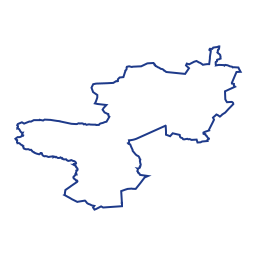 Svariņu pag., Dagdas, Latvia
{"feature_id": "27541924B20848799608576", "entity_name": "Svariņu pag.", "entity_type": "district", "adm_level": 2, "iso_a3": "LVA", "parent_name": "Latvia", "parent_adm1": "Dagdas", "projection": "natural_earth1", "projection_center": [27.7, 56.101], "detail": "fine", "context": "isolated", "style": "outline", "palette": "blue", "viewbox_px": 256, "rotation_deg": 0, "n_neighbors": 0, "source": "geoboundaries", "source_scale": "gbopen_adm2", "svg_char_len": 5617}
<svg xmlns="http://www.w3.org/2000/svg" viewBox="0 0 256 256"><path d="M219.3,46.4L218.8,46.4L217.3,47.0L213.2,47.6L212.3,48.9L210.8,48.9L209.9,48.8L209.5,49.4L209.4,49.9L209.5,50.2L210.8,50.8L210.7,52.0L210.2,54.9L209.9,57.0L209.9,58.5L209.2,64.1L207.3,64.1L204.4,64.5L202.9,64.8L202.0,64.1L200.4,63.0L198.9,62.4L196.5,61.0L194.2,61.7L189.2,64.3L186.8,63.6L186.0,65.4L189.0,68.2L185.1,73.9L166.3,72.0L164.1,70.4L163.9,70.4L163.8,70.1L162.9,69.4L162.0,69.0L161.0,68.9L158.5,67.4L157.7,67.2L156.5,66.3L155.7,66.1L155.6,65.7L155.2,65.5L154.3,64.6L154.3,64.2L154.5,64.1L153.5,63.0L148.2,63.3L147.3,63.4L141.2,66.3L132.8,66.7L131.9,67.0L129.1,66.3L126.9,66.8L126.6,67.4L126.6,69.1L126.3,69.7L125.3,70.6L125.4,71.2L125.1,71.8L123.4,77.1L119.6,77.5L117.9,79.3L117.9,81.1L116.8,81.3L116.2,81.1L113.3,82.9L107.4,83.2L102.1,83.4L96.1,83.6L93.2,84.2L91.5,87.7L93.1,92.1L97.3,95.0L97.3,97.1L97.2,97.8L96.2,100.7L95.4,102.6L94.9,103.4L97.6,104.0L106.4,105.0L103.7,107.9L102.6,109.7L104.6,112.5L105.8,113.0L107.3,113.8L108.2,114.0L108.2,114.5L108.4,114.7L108.4,115.7L109.4,116.7L106.5,121.7L105.2,122.0L104.5,122.2L102.9,122.9L100.3,123.5L99.4,124.2L99.2,124.7L98.9,124.9L96.3,125.0L96.1,125.0L95.8,124.7L90.8,124.6L89.0,124.3L86.4,124.8L85.1,123.9L83.9,124.4L82.8,123.5L82.4,123.4L81.8,123.5L81.1,123.3L79.9,123.6L79.6,123.4L78.5,123.3L77.5,123.8L77.4,123.9L76.4,124.1L71.4,123.8L59.6,121.3L59.6,121.2L58.9,121.1L56.9,120.9L50.5,119.9L44.6,119.6L43.1,120.5L39.7,119.8L39.6,120.1L33.9,120.1L31.0,121.6L29.4,121.5L24.1,123.6L21.9,122.3L17.9,124.0L17.5,124.5L17.2,125.4L18.0,126.1L17.9,127.5L17.3,127.8L17.3,128.4L17.5,128.3L18.5,128.9L19.0,129.0L19.4,129.5L20.3,131.2L21.6,132.7L21.9,132.8L22.8,132.7L22.1,134.2L22.6,134.9L23.2,135.3L22.9,135.9L21.7,135.9L21.4,136.4L20.1,137.0L19.4,137.1L17.7,137.1L16.4,138.0L15.4,138.8L16.4,140.0L17.1,140.1L17.2,140.8L17.1,141.0L17.0,142.4L17.6,142.9L17.6,143.2L18.9,143.1L19.4,143.3L19.9,143.6L20.5,144.3L21.4,144.9L22.4,145.3L23.0,145.8L22.7,146.0L22.9,146.3L23.2,146.3L23.3,147.1L23.6,147.4L23.5,147.9L23.6,148.1L23.7,148.3L24.1,148.7L26.0,149.3L27.9,149.2L28.4,149.2L29.8,149.9L31.1,149.8L31.6,150.5L32.0,150.7L32.3,151.4L32.6,151.6L33.3,151.9L34.1,152.5L34.2,152.4L34.9,152.9L36.5,153.6L39.2,154.3L40.1,153.8L40.4,153.2L40.6,153.0L41.3,153.0L41.9,153.3L42.0,153.7L42.0,154.1L42.5,155.1L43.0,155.6L44.1,156.2L44.5,156.3L45.6,156.1L47.1,156.4L47.6,156.7L48.8,157.0L49.2,156.9L49.9,156.7L51.1,156.6L52.8,156.3L53.6,156.5L53.5,157.1L54.4,156.7L54.6,156.7L54.9,156.8L55.2,157.1L55.4,157.2L55.7,156.9L56.0,156.8L57.5,157.8L58.1,158.0L59.5,157.9L60.5,157.4L61.0,157.9L62.0,157.9L62.4,158.3L62.3,158.8L63.9,159.4L66.1,159.3L66.8,160.2L67.2,160.3L67.7,160.7L68.5,160.9L69.2,160.7L70.0,160.7L70.5,160.3L71.4,160.1L73.0,160.9L74.4,161.2L75.2,161.8L75.6,162.2L76.1,163.2L75.9,163.7L74.6,164.0L74.1,164.0L74.2,164.5L73.9,164.8L73.7,164.8L75.4,165.8L76.1,166.4L76.0,166.7L76.2,167.3L77.3,168.3L77.6,169.1L77.6,169.5L77.5,170.0L77.3,170.2L76.9,170.5L76.4,170.4L76.3,170.5L76.5,171.1L76.5,171.4L76.0,172.4L75.9,173.0L76.6,174.3L76.6,174.5L76.0,174.4L75.7,174.1L75.4,174.1L75.2,175.2L73.6,176.7L73.4,177.1L73.4,177.6L73.7,178.3L74.1,178.5L74.4,179.0L75.6,179.7L75.9,180.4L76.1,180.5L77.0,180.5L77.4,181.1L77.4,181.4L77.3,181.5L77.1,181.9L71.2,185.9L70.6,186.4L65.4,190.0L64.9,193.1L64.9,194.7L64.4,195.0L70.1,198.1L71.9,199.2L77.3,201.9L77.5,201.8L84.9,200.6L85.6,201.2L87.2,203.2L88.6,204.0L89.9,204.4L91.8,205.4L94.3,205.9L93.1,207.6L94.5,209.6L96.3,208.9L101.1,206.4L103.1,207.5L122.0,206.2L122.0,202.8L121.7,202.8L121.8,201.3L121.2,191.1L125.4,189.6L127.7,188.9L131.7,188.6L132.5,188.8L135.7,188.9L140.2,183.3L144.6,177.5L148.0,176.0L140.1,174.9L139.9,174.7L139.9,174.4L139.6,174.2L139.5,173.9L139.3,173.5L138.7,173.2L138.7,172.9L138.0,172.5L137.9,171.7L137.4,171.3L137.3,171.1L137.7,170.3L137.8,169.6L137.8,168.8L137.6,168.6L138.1,168.7L139.9,167.6L140.0,166.7L139.8,166.6L140.0,166.1L140.4,166.0L140.7,164.6L140.7,164.2L140.3,163.3L140.1,161.9L139.9,161.2L139.9,160.7L140.3,159.8L140.3,159.4L139.6,158.7L139.3,157.4L138.6,156.4L138.1,156.0L137.3,155.7L135.8,154.6L132.7,150.9L132.6,150.6L132.6,149.9L131.2,146.9L130.2,144.4L128.7,143.9L128.4,143.7L128.0,143.2L128.9,142.7L129.2,141.1L129.0,140.3L130.6,140.2L132.9,139.8L134.5,139.4L136.3,138.8L165.5,125.7L165.7,125.9L166.0,131.2L166.0,134.7L170.1,136.2L172.7,133.3L179.7,134.9L180.0,136.7L180.6,137.5L182.3,138.1L183.1,139.2L184.1,139.4L187.3,138.8L188.3,139.3L189.7,139.1L191.5,139.9L196.6,139.6L197.5,142.5L200.6,142.3L202.1,141.5L207.6,141.0L207.4,140.0L208.1,139.3L208.7,139.2L208.9,138.5L207.9,137.9L207.1,136.7L206.9,136.2L205.9,135.5L205.7,135.1L205.6,134.6L205.4,134.1L204.9,133.9L204.3,134.2L203.5,133.8L203.4,132.7L203.5,132.5L205.3,131.7L208.9,130.5L208.7,130.3L212.8,122.2L214.0,119.7L213.0,117.6L215.4,115.5L216.4,114.5L217.6,115.0L219.9,116.6L221.5,115.3L222.2,114.5L225.2,112.6L228.5,109.0L233.3,104.1L233.1,103.0L232.8,102.6L232.0,102.0L231.5,101.9L227.0,102.2L226.2,101.0L225.3,99.3L225.0,91.3L235.1,86.7L233.9,85.6L233.9,83.9L232.0,83.6L231.8,83.0L236.5,72.0L240.6,71.8L239.0,68.9L238.4,67.5L233.7,67.2L232.7,67.4L232.2,66.8L231.0,66.5L230.1,66.4L227.6,65.3L225.3,64.9L224.4,65.6L224.0,65.1L218.9,64.9L216.0,65.4L216.1,65.1L215.7,64.2L215.8,64.0L215.6,62.7L215.8,61.9L216.9,61.4L217.1,59.8L217.5,59.6L219.0,59.3L219.6,58.8L220.4,58.7L220.6,58.6L220.4,57.7L220.6,56.9L220.3,56.1L220.3,55.3L220.2,55.0L219.3,54.0L218.3,53.4L217.5,52.6L217.8,52.3L217.7,51.0L217.9,50.7L218.1,49.6L218.6,49.5L219.0,48.8L219.2,47.6L219.2,47.3L218.9,47.1L219.0,46.9L218.8,46.8L219.3,46.5L219.3,46.4Z" fill="none" stroke="#1e3a8a" stroke-width="2"/></svg>